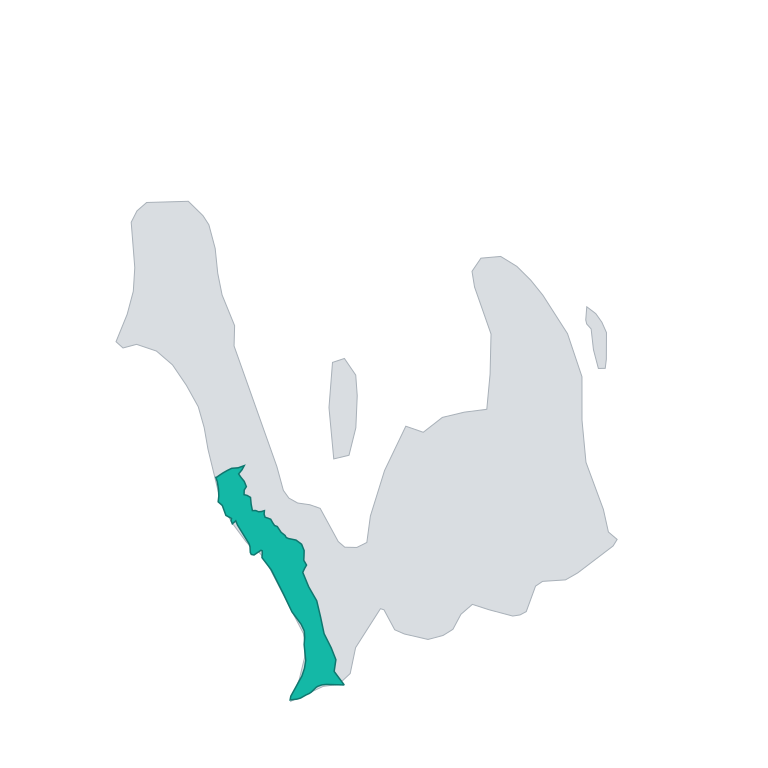 where Sud-Est sits in Haiti, rotated 64°
{"feature_id": "HTI-1389", "entity_name": "Sud-Est", "entity_type": "Department", "adm_level": 1, "iso_a3": "HTI", "parent_name": "Haiti", "parent_adm1": "", "projection": "robinson", "projection_center": [-72.47, 18.22], "detail": "fine", "context": "in_parent", "style": "filled", "palette": "teal", "viewbox_px": 768, "rotation_deg": 64, "n_neighbors": 0, "source": "natural_earth", "source_scale": "10m", "svg_char_len": 2766}
<svg xmlns="http://www.w3.org/2000/svg" viewBox="0 0 768 768"><g transform="rotate(64 384 384)"><path d="M625.9,242.6L630.0,249.1L638.7,292.8L639.6,306.8L630.9,328.0L632.1,336.4L650.9,355.9L651.2,362.9L649.0,370.0L633.0,388.5L620.8,401.2L624.7,415.8L634.7,429.6L635.9,441.1L632.9,456.4L617.6,475.3L609.6,482.1L586.9,483.0L584.4,485.7L595.7,504.2L608.5,525.1L629.4,541.3L634.1,556.6L629.1,571.2L628.3,606.9L612.3,589.6L594.7,575.0L584.1,569.4L573.2,565.8L489.4,567.7L480.1,570.2L472.8,574.9L464.9,577.2L441.9,581.5L419.0,582.5L365.5,570.8L344.3,564.7L323.0,560.9L298.5,562.2L274.1,565.7L254.6,574.1L239.9,589.0L237.2,602.8L228.5,606.3L208.8,584.3L190.8,568.7L170.2,557.0L127.8,540.3L120.1,530.1L116.8,517.8L134.0,479.8L153.4,472.9L164.1,471.6L188.1,476.3L211.6,484.9L233.0,490.5L266.1,492.7L284.1,502.1L411.3,516.5L435.5,521.1L444.9,519.5L453.1,513.8L460.0,503.6L467.8,495.9L505.6,494.2L513.5,490.8L519.0,480.1L518.9,468.9L496.7,454.1L462.0,421.4L431.5,382.9L444.6,369.9L439.6,346.2L444.5,324.2L451.8,302.7L421.6,284.3L386.0,265.9L336.5,260.1L321.3,255.5L313.4,241.7L320.5,223.2L336.6,213.0L355.0,206.6L373.8,202.3L419.2,197.0L464.3,202.9L503.3,221.9L542.9,236.8L592.9,241.8L615.4,247.2L625.9,242.6ZM432.7,446.7L429.3,462.0L381.1,443.8L342.0,420.8L343.7,408.4L363.6,405.5L382.8,413.2L411.0,428.5L432.7,446.7ZM459.2,173.3L466.9,178.3L464.0,184.5L445.0,180.7L425.3,173.7L418.9,175.5L414.9,174.6L403.5,167.9L413.6,162.8L424.0,161.1L435.3,161.5L459.2,173.3Z" fill="#d9dde1" stroke="#a8b0b8" stroke-width="1"/><path d="M637.2,551.6L637.0,551.8L628.7,567.6L627.2,571.7L626.7,576.0L626.9,578.0L629.0,584.2L629.4,586.7L629.3,590.3L629.7,596.6L629.1,600.3L626.8,606.9L623.7,604.6L610.5,585.8L604.7,580.1L598.1,575.5L583.2,570.0L577.1,566.4L571.0,563.9L563.6,563.8L548.5,566.6L528.9,566.4L501.4,566.8L486.6,569.8L482.8,567.6L480.5,566.6L479.5,567.5L480.7,575.8L479.0,578.0L476.8,578.0L471.6,575.8L468.7,575.3L446.5,577.5L442.0,577.2L442.3,578.2L442.9,580.6L443.2,581.6L440.4,581.4L439.3,581.1L438.0,580.0L432.8,583.7L422.3,582.6L417.2,584.7L412.3,581.6L405.6,578.7L398.5,576.6L394.2,576.1L394.4,575.1L393.8,571.3L393.3,567.5L393.0,562.7L393.0,557.9L395.4,551.8L396.1,545.4L398.9,549.3L401.1,554.1L405.1,553.5L410.2,552.3L413.1,552.5L415.9,552.7L418.0,556.1L422.1,558.3L424.2,555.8L427.4,553.7L433.8,556.1L440.1,557.8L441.5,554.8L443.8,552.8L444.9,550.1L445.4,547.0L448.4,548.8L451.6,549.3L453.7,547.1L455.9,545.1L459.6,544.9L463.2,544.4L465.3,542.4L467.8,542.1L472.2,541.5L476.8,539.3L479.1,539.2L481.0,537.6L485.7,531.5L491.9,528.3L498.7,528.8L503.7,531.4L507.3,533.4L512.8,533.0L515.1,536.4L517.7,539.6L533.3,540.6L549.4,539.5L565.8,543.2L582.1,547.3L598.0,547.1L610.7,548.1L620.5,554.8L637.0,551.7L637.2,551.6Z" fill="#14b8a6" stroke="#0f766e" stroke-width="1.5"/></g></svg>